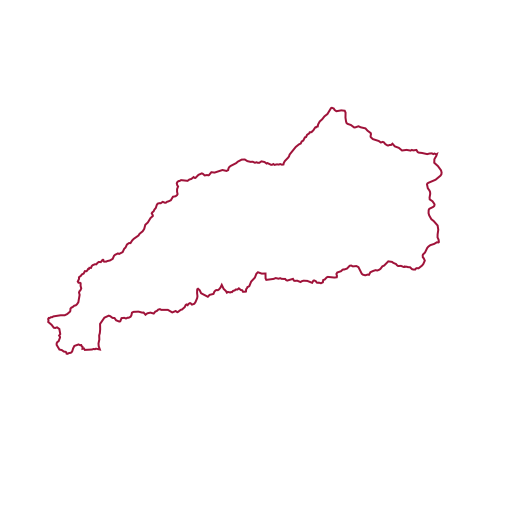 outline of Pallasca, Áncash, Peru, rotated 27°
{"feature_id": "86281439B95280421583989", "entity_name": "Pallasca", "entity_type": "district", "adm_level": 2, "iso_a3": "PER", "parent_name": "Peru", "parent_adm1": "Áncash", "projection": "natural_earth1", "projection_center": [-77.926, -8.372], "detail": "fine", "context": "isolated", "style": "outline", "palette": "rose", "viewbox_px": 512, "rotation_deg": 27, "n_neighbors": 0, "source": "geoboundaries", "source_scale": "gbopen_adm2", "svg_char_len": 6103}
<svg xmlns="http://www.w3.org/2000/svg" viewBox="0 0 512 512"><g transform="rotate(27 256 256)"><path d="M300.9,260.7L301.8,260.6L303.9,259.3L307.5,259.0L308.3,257.6L309.6,256.4L313.0,254.9L318.2,254.4L318.3,252.0L318.8,251.4L320.7,251.3L322.2,252.1L323.6,251.7L324.0,251.2L326.2,250.8L327.5,249.1L326.8,246.9L327.9,245.8L328.7,243.0L329.5,242.0L335.7,239.6L337.6,238.3L337.2,237.0L335.8,235.5L335.9,233.8L338.7,230.9L339.3,229.0L339.9,228.3L340.5,228.2L342.8,225.9L343.9,222.2L345.1,221.3L347.0,221.3L350.0,219.4L352.3,219.4L358.3,223.8L359.8,224.1L362.1,223.6L364.0,221.8L365.2,221.5L365.3,218.5L367.2,216.1L369.0,214.3L370.6,213.9L371.8,212.6L372.7,211.1L373.3,207.8L374.5,206.4L376.3,200.7L379.9,199.5L381.5,199.8L384.5,199.6L385.7,200.2L387.2,200.4L389.6,199.0L392.7,198.7L393.2,198.4L393.4,197.7L394.3,197.7L395.1,197.1L396.3,197.0L398.4,196.1L401.0,196.9L402.4,196.6L404.0,195.8L404.1,194.7L404.8,193.8L406.4,193.2L408.3,189.1L408.7,187.2L408.5,183.5L406.4,181.8L405.3,181.5L404.2,179.7L404.1,178.9L405.0,176.2L404.9,171.1L405.3,169.4L406.4,167.2L409.3,164.3L410.9,161.7L412.4,161.1L412.6,160.5L411.2,158.5L409.3,157.0L408.0,154.3L406.5,149.9L404.0,146.4L398.5,144.2L395.5,143.6L391.9,141.2L390.3,139.5L389.0,136.7L389.0,135.3L391.6,131.8L392.1,130.6L391.8,129.2L391.2,128.6L388.4,127.1L385.1,126.7L384.1,125.1L383.0,121.5L382.0,119.9L380.8,118.9L378.3,117.6L375.8,114.5L375.8,113.5L376.4,112.5L381.4,106.5L383.9,100.7L384.1,99.1L383.5,97.4L382.0,95.7L377.3,93.3L372.5,92.0L371.0,88.8L371.2,84.8L370.9,83.0L370.5,83.6L368.5,83.7L367.7,84.7L366.1,84.7L364.1,85.9L362.3,87.5L356.9,88.9L354.1,90.0L352.9,90.0L350.8,88.7L348.2,90.5L346.6,90.8L345.9,91.9L342.0,93.1L338.2,95.7L334.2,94.8L329.9,95.3L326.6,94.0L326.0,95.7L324.5,96.5L323.8,97.4L322.9,97.8L320.4,97.6L318.4,96.7L317.1,96.8L315.7,98.2L313.2,97.8L307.0,98.8L304.3,98.0L303.7,97.3L303.1,95.2L302.4,94.4L298.4,93.7L295.6,92.6L290.8,93.8L288.4,93.9L286.0,96.4L285.1,96.9L281.1,96.2L277.5,96.7L276.3,96.4L275.2,95.3L272.9,92.1L270.7,87.6L269.1,86.3L265.9,87.5L261.9,90.5L259.7,90.2L258.3,89.3L256.3,89.5L255.7,90.2L255.2,97.1L253.6,100.5L252.9,104.1L251.7,107.2L251.6,110.6L252.2,112.6L251.5,113.1L251.2,114.0L250.7,114.1L250.4,114.6L250.0,118.2L249.5,119.3L249.3,120.4L247.7,121.4L247.8,122.5L246.5,124.8L246.6,127.3L245.7,128.1L245.7,131.7L244.7,133.2L244.8,135.5L243.6,137.0L241.9,140.8L239.9,150.3L240.2,152.2L240.0,153.7L238.6,158.3L238.5,160.3L238.9,162.0L237.6,162.9L235.8,163.1L234.8,164.2L233.1,164.8L231.1,166.4L229.7,166.2L229.0,167.3L228.1,167.9L224.0,168.0L223.5,168.8L220.9,168.4L217.9,169.2L216.6,171.5L215.0,172.2L214.0,172.2L212.7,173.4L210.3,173.5L208.4,174.6L205.2,175.4L202.2,175.1L199.5,176.6L196.9,180.3L196.2,182.2L192.5,187.3L191.8,188.9L191.7,190.4L192.2,192.1L191.1,193.6L187.1,194.6L181.2,200.5L178.2,201.6L177.4,205.2L177.0,205.7L175.6,206.1L173.7,207.5L171.3,206.9L170.2,207.0L167.9,209.8L166.6,213.9L165.8,214.3L164.6,214.0L163.4,216.7L161.9,218.1L160.9,220.1L154.8,222.4L153.8,223.9L152.9,224.5L152.3,226.1L152.4,227.2L153.8,228.8L155.0,229.4L155.3,232.2L156.5,234.6L158.0,236.4L158.0,237.6L157.2,239.3L155.1,240.9L154.8,245.0L153.1,247.2L152.2,247.9L151.5,249.4L150.7,249.9L148.3,250.1L147.1,252.3L145.9,252.8L144.6,254.0L144.4,255.5L144.9,258.7L144.4,260.8L144.5,262.6L143.8,264.2L143.7,265.3L145.6,266.6L145.9,267.3L144.8,270.0L144.4,275.3L143.2,278.4L144.1,282.6L143.8,285.4L142.2,289.0L142.0,291.1L139.3,296.2L138.6,298.4L138.3,301.5L137.0,302.1L135.8,304.3L135.9,307.7L135.3,309.3L135.4,313.1L133.1,316.3L131.8,316.4L129.9,318.9L129.4,320.2L129.6,323.6L127.9,326.3L125.8,328.0L125.1,329.0L123.2,330.0L122.5,329.8L121.7,328.8L121.4,328.8L120.9,329.6L120.5,331.9L118.6,332.7L117.9,334.1L117.5,335.9L116.2,336.5L114.6,338.4L114.2,339.7L114.4,341.5L112.9,342.2L113.1,343.2L112.3,343.7L112.4,344.4L111.9,346.5L110.4,347.2L110.4,349.9L109.2,351.5L108.9,353.4L108.0,355.0L108.0,355.5L108.7,356.7L108.8,359.7L110.0,360.4L111.2,359.8L112.1,359.9L113.3,362.3L115.0,364.2L115.1,366.3L114.7,367.7L114.9,368.9L116.5,370.7L118.7,377.9L118.4,380.3L117.8,381.8L116.6,382.8L115.7,385.0L115.0,385.6L114.6,387.1L115.5,389.3L115.5,390.1L114.1,393.5L112.5,395.6L108.7,397.6L102.9,401.8L102.1,403.1L101.1,403.6L100.2,405.1L99.5,405.3L99.4,406.5L100.4,407.7L100.8,409.1L105.1,410.1L108.4,411.7L109.8,411.3L111.1,409.9L113.9,410.3L117.0,414.4L116.7,416.3L117.9,416.9L118.4,417.6L118.8,421.6L118.1,422.7L118.0,424.2L118.7,425.7L123.3,428.6L125.6,428.0L128.2,428.4L129.9,427.8L130.7,428.0L131.6,429.0L132.5,428.7L133.5,427.3L134.7,426.5L135.3,425.7L135.5,424.3L135.0,421.3L135.0,418.6L138.0,415.4L139.7,415.3L140.7,414.7L141.6,415.5L142.7,415.7L143.5,417.5L144.6,416.5L146.1,417.4L152.3,413.8L153.6,412.5L154.8,412.2L155.5,411.2L159.3,410.2L156.8,407.8L155.4,405.5L154.3,401.5L152.3,397.9L151.9,395.7L150.5,392.2L147.9,387.3L148.9,379.8L151.9,376.0L153.5,375.8L156.2,376.3L158.1,375.5L160.5,376.8L163.9,376.5L164.7,375.8L164.4,372.4L166.7,370.9L168.5,370.7L169.7,369.2L170.6,368.8L171.8,367.1L171.9,365.4L171.2,362.8L172.2,361.4L176.6,358.9L180.4,358.1L181.5,357.4L184.2,358.5L185.2,356.4L187.6,354.4L191.0,353.7L191.5,351.3L192.7,349.8L193.2,348.2L194.5,347.0L196.0,347.0L202.0,344.0L207.0,344.3L209.4,341.5L211.4,341.8L211.8,341.4L213.4,338.1L214.3,337.4L215.7,333.9L215.6,331.7L216.0,330.8L217.4,330.9L217.6,329.4L218.5,328.0L219.1,327.8L221.0,328.4L222.7,326.6L223.0,324.5L222.7,320.3L222.1,318.4L220.4,315.9L219.0,313.0L218.8,312.2L219.2,311.5L221.4,312.1L224.0,314.1L231.6,314.2L232.3,311.7L235.3,309.1L235.1,306.6L235.6,305.0L236.2,304.3L237.5,303.8L238.2,302.6L238.7,300.2L238.6,297.3L242.1,300.0L245.1,300.9L246.7,301.9L247.2,300.8L249.6,300.2L250.2,299.4L251.0,299.1L251.4,297.5L252.7,296.3L253.2,295.0L254.7,294.3L255.4,292.6L257.8,293.2L259.3,292.8L260.7,293.8L262.9,292.5L263.2,292.2L262.3,290.1L262.6,288.8L262.5,287.5L263.3,286.7L263.7,285.8L263.3,281.0L264.8,275.8L264.4,271.6L265.1,269.6L269.1,269.1L272.4,267.3L274.7,271.6L276.0,272.6L282.1,268.4L283.6,266.7L286.4,266.0L287.6,264.8L289.3,264.7L292.4,263.2L293.8,263.8L295.0,263.7L299.3,259.6L300.9,260.7Z" fill="none" stroke="#9f1239" stroke-width="2"/></g></svg>